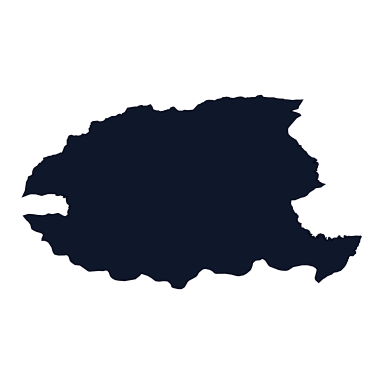 Ebéjico, Antioquia, Colombia (Equal Earth projection), rotated 270°
{"feature_id": "7082276B74110023604891", "entity_name": "Ebéjico", "entity_type": "district", "adm_level": 2, "iso_a3": "COL", "parent_name": "Colombia", "parent_adm1": "Antioquia", "projection": "equal_earth", "projection_center": [-75.78, 6.323], "detail": "fine", "context": "isolated", "style": "filled", "palette": "ink", "viewbox_px": 384, "rotation_deg": 270, "n_neighbors": 0, "source": "geoboundaries", "source_scale": "gbopen_adm2", "svg_char_len": 6034}
<svg xmlns="http://www.w3.org/2000/svg" viewBox="0 0 384 384"><g transform="rotate(270 192 192)"><path d="M143.8,42.2L144.0,43.8L143.7,45.5L142.6,47.8L141.5,49.1L136.7,52.2L133.0,53.1L131.0,54.1L130.0,55.0L129.2,58.5L129.3,64.3L129.6,66.4L129.2,67.7L127.6,69.2L123.2,70.6L121.6,72.3L119.7,75.1L119.2,80.1L113.3,88.5L113.1,89.8L113.8,98.5L113.6,103.0L114.2,105.5L114.0,107.6L111.9,109.4L108.4,110.6L107.1,111.5L105.7,113.3L104.6,115.5L104.0,119.0L103.6,124.7L105.4,135.1L108.5,139.1L110.7,141.0L110.8,141.9L108.8,147.9L106.5,151.8L103.8,155.3L103.4,156.3L103.1,159.3L103.6,163.3L103.4,167.2L102.7,168.6L100.4,171.0L99.4,171.6L97.4,172.1L96.7,173.4L95.6,178.2L95.6,181.5L97.3,184.2L102.5,187.2L103.9,188.6L107.6,195.5L109.2,197.0L111.7,198.3L114.4,201.4L115.6,203.4L115.8,205.8L114.8,210.1L113.2,212.9L111.5,214.6L110.9,215.9L111.0,225.3L110.1,231.6L108.8,236.3L108.5,238.8L109.5,243.6L111.1,246.4L114.0,249.8L115.1,250.6L118.4,251.8L121.2,252.4L122.3,253.4L123.7,255.0L124.1,256.0L124.5,260.0L125.9,262.0L125.5,263.3L123.8,265.8L119.3,268.7L118.1,270.0L114.8,278.6L114.1,281.7L113.9,285.5L114.1,287.1L114.6,288.4L117.6,293.0L119.5,302.3L119.5,307.7L118.0,313.6L116.4,316.0L114.8,317.3L113.6,317.4L106.5,315.5L105.4,315.5L104.2,316.0L101.8,318.7L105.9,323.1L106.3,324.3L108.5,327.2L110.2,331.7L111.3,332.6L112.2,334.3L112.5,336.8L113.9,340.5L114.5,341.3L118.0,344.5L120.5,346.0L121.3,346.1L123.5,347.4L125.0,347.4L125.6,348.2L126.8,348.3L127.4,348.6L128.8,350.1L128.5,352.5L128.9,353.4L130.1,354.3L130.8,355.4L132.0,355.4L133.6,353.7L134.0,354.8L135.0,356.0L137.3,356.5L138.2,357.8L141.1,358.6L142.1,359.4L144.7,359.7L147.3,361.0L147.8,360.2L147.1,358.9L147.7,358.0L147.5,357.4L147.7,356.4L147.1,350.8L147.5,349.0L147.4,348.2L146.5,347.0L147.5,346.4L148.1,344.6L147.8,344.3L146.4,345.1L146.0,344.9L145.4,342.4L146.3,341.0L146.5,339.8L147.7,339.8L147.9,339.6L147.9,339.0L146.8,338.1L145.7,337.8L145.6,333.8L143.7,331.6L144.8,331.1L146.3,329.4L146.4,329.0L143.9,328.3L143.5,327.6L143.4,326.7L143.7,326.1L144.8,325.9L145.0,325.1L145.8,325.6L145.6,324.8L145.9,324.4L147.3,324.3L147.1,323.4L147.3,323.1L148.2,323.9L148.8,323.7L149.2,323.2L149.5,321.9L148.9,321.7L148.9,321.3L149.9,320.6L149.6,319.9L149.6,319.1L148.8,318.1L147.9,318.3L147.8,317.4L147.4,316.7L147.1,317.0L147.1,318.1L146.2,317.8L146.0,317.3L146.1,316.3L145.7,315.6L146.3,314.5L145.8,313.9L146.3,313.6L147.2,313.9L147.5,313.6L147.0,312.3L147.5,311.5L147.5,310.5L148.1,310.4L149.4,311.5L149.6,311.0L149.2,310.4L149.7,310.2L149.8,309.7L150.7,309.9L151.1,308.2L151.4,308.3L152.1,309.3L153.0,308.8L154.0,306.9L154.2,304.9L155.8,303.0L155.7,301.7L155.9,301.2L156.7,300.8L157.8,300.9L158.6,300.3L160.1,300.9L161.0,298.9L162.7,297.2L166.0,297.0L167.0,298.0L168.5,297.6L169.4,295.9L169.7,296.4L170.2,296.1L170.4,295.2L170.8,294.6L174.3,292.5L177.0,292.0L178.5,290.8L180.4,290.3L184.1,290.7L184.4,291.5L184.5,294.9L187.0,301.1L187.6,304.1L189.3,307.0L191.6,308.7L194.0,312.2L194.7,313.7L195.3,313.8L196.0,314.7L196.5,315.7L197.2,320.8L197.8,321.4L199.6,324.2L200.4,321.4L201.1,320.7L201.8,319.0L202.9,318.6L204.3,316.5L205.3,317.1L205.9,316.9L206.3,317.7L209.3,318.1L211.4,316.7L211.8,315.2L212.2,314.8L213.1,315.4L213.8,316.6L215.5,316.3L216.7,317.2L217.7,317.2L219.5,318.0L220.9,317.7L221.3,317.1L221.8,315.2L221.1,313.9L221.6,313.7L222.9,314.4L223.5,316.5L223.9,316.5L225.6,314.2L226.0,311.6L228.7,308.0L232.1,305.7L233.5,303.6L234.8,302.7L235.9,301.4L237.0,300.8L238.0,300.8L238.6,298.9L239.2,298.0L240.1,298.0L243.6,295.8L246.3,291.3L247.8,289.5L249.8,287.8L253.3,287.3L256.2,287.6L266.3,296.3L268.6,300.4L269.7,299.6L271.0,296.3L272.3,291.5L272.7,290.9L273.1,291.1L274.3,292.6L275.6,297.5L276.0,297.9L278.5,298.6L280.0,299.9L283.8,302.2L283.6,300.2L283.7,296.5L283.2,292.6L283.9,287.1L283.9,284.7L284.6,283.3L284.7,279.7L285.2,275.9L285.9,273.9L285.9,268.4L286.4,263.8L286.7,262.8L288.3,261.6L288.4,260.7L287.8,257.5L286.2,255.5L286.2,251.6L285.8,249.0L286.0,247.2L285.3,246.0L285.9,243.7L286.5,242.5L286.8,240.6L286.4,237.7L285.2,233.5L285.5,231.4L285.1,230.7L286.1,229.4L286.6,226.5L286.2,224.6L286.2,222.9L285.2,221.9L284.2,217.2L282.8,214.8L283.4,211.8L283.2,211.1L283.5,209.6L283.2,206.8L282.2,205.0L281.1,204.0L280.9,202.7L280.5,201.7L279.6,200.8L278.9,198.3L273.8,193.6L273.5,192.7L273.1,186.9L273.5,185.0L272.5,181.9L272.7,178.6L273.1,177.5L274.9,175.4L276.3,174.3L276.7,173.2L275.9,170.9L274.1,169.8L274.0,167.6L273.3,166.3L273.2,165.0L272.6,164.0L272.0,160.2L272.9,158.3L272.8,156.6L274.0,152.8L276.7,152.0L279.0,150.4L277.7,147.2L277.5,142.3L278.2,142.1L278.3,141.7L277.8,139.3L276.7,137.2L276.7,134.8L275.6,127.7L271.8,125.5L270.9,124.5L270.3,122.8L268.6,121.8L268.9,120.8L269.5,120.1L269.5,119.4L268.8,117.6L268.0,116.9L267.4,115.8L267.2,111.8L265.0,107.5L265.1,106.0L263.4,104.9L262.2,102.8L261.8,99.6L262.6,97.5L262.1,92.8L261.0,91.4L259.2,91.4L257.9,90.4L256.6,90.7L255.4,89.3L252.3,89.7L251.6,89.2L249.2,85.8L249.7,82.4L248.4,81.6L247.7,79.1L247.7,77.2L248.0,75.7L247.5,74.3L248.5,71.3L248.0,69.6L246.8,68.6L244.7,68.1L244.0,67.4L239.0,67.5L237.7,65.6L236.7,64.7L232.7,63.3L230.8,62.2L230.6,61.6L230.8,60.6L229.3,57.5L228.5,54.8L228.6,53.4L227.5,51.0L227.3,48.5L226.3,46.5L225.7,43.9L225.1,43.8L224.1,44.3L223.4,44.0L222.5,42.2L220.8,41.5L220.5,39.7L217.8,37.6L216.1,34.9L214.9,33.9L212.7,33.0L209.3,32.8L207.9,31.1L207.2,29.0L206.5,28.5L204.8,28.4L201.9,26.8L193.0,25.5L187.7,23.0L190.0,28.9L190.5,30.9L190.4,35.8L188.8,41.7L190.7,47.9L190.6,55.2L190.0,56.2L189.1,56.1L188.8,56.7L188.8,59.2L189.5,60.3L188.6,62.2L188.9,63.6L187.6,64.1L186.9,63.6L186.6,63.8L186.6,64.5L187.3,65.8L187.0,67.1L185.6,66.5L182.5,66.8L180.7,67.5L179.3,69.5L177.7,69.4L177.2,69.9L176.6,69.1L175.7,69.6L173.6,68.4L171.4,67.9L169.5,69.0L168.6,67.3L166.9,66.2L167.6,63.1L170.2,58.5L170.3,57.8L169.2,53.1L169.2,51.7L169.9,48.3L168.4,45.5L168.0,42.1L168.2,40.7L168.3,38.1L169.1,32.8L169.4,28.5L168.0,23.8L164.3,26.8L162.7,28.7L159.6,31.0L155.4,32.0L154.1,34.0L152.9,36.5L151.8,40.4L150.8,42.9L148.5,43.7L145.6,42.3L143.8,42.2Z" fill="#0f172a" stroke="#020617" stroke-width="1.5"/></g></svg>